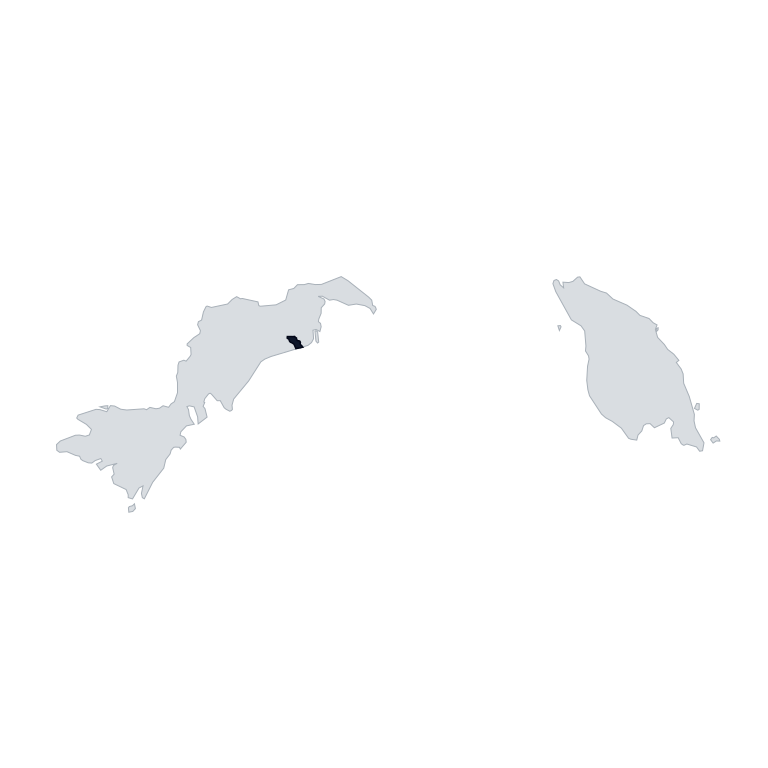 location of Dalat, Sarawak, Malaysia, rotated 176°
{"feature_id": "92858781B41279548929635", "entity_name": "Dalat", "entity_type": "district", "adm_level": 2, "iso_a3": "MYS", "parent_name": "Malaysia", "parent_adm1": "Sarawak", "projection": "albers", "projection_center": [111.988, 2.703], "detail": "fine", "context": "in_parent", "style": "filled", "palette": "ink", "viewbox_px": 768, "rotation_deg": 176, "n_neighbors": 0, "source": "geoboundaries", "source_scale": "gbopen_adm2", "svg_char_len": 4559}
<svg xmlns="http://www.w3.org/2000/svg" viewBox="0 0 768 768"><g transform="rotate(176 384 384)"><path d="M658.4,381.5L654.3,380.8L648.4,377.2L642.4,376.0L625.1,376.0L622.6,374.9L619.2,377.0L613.2,375.2L609.7,375.5L605.9,377.7L600.5,375.8L597.8,379.0L594.3,381.0L590.6,389.7L589.9,400.0L590.6,406.4L588.9,409.9L588.2,417.1L586.9,420.3L582.0,421.7L579.8,420.6L575.5,425.1L574.4,426.9L574.3,433.9L577.7,436.2L577.6,437.7L570.5,443.5L564.3,447.0L563.4,450.0L565.8,456.1L564.8,459.1L561.5,460.5L559.1,468.5L556.2,473.5L555.1,474.1L550.8,472.4L534.4,474.7L529.6,478.9L524.9,481.4L521.2,479.0L519.4,479.2L504.0,474.7L503.4,470.9L501.9,470.2L486.1,470.5L476.2,474.6L472.6,484.6L467.3,485.6L463.4,489.1L456.6,488.7L452.4,489.6L445.7,488.0L439.5,487.7L419.2,494.1L412.8,489.6L393.2,471.7L390.4,468.5L389.8,463.1L387.6,462.1L386.9,460.6L386.5,459.0L389.6,454.6L392.6,460.3L397.6,463.5L406.0,465.7L414.0,465.0L425.0,470.9L428.6,471.8L432.5,471.4L439.4,475.9L443.6,476.0L438.0,473.0L437.0,470.5L437.6,468.0L441.3,464.4L441.8,458.9L444.5,453.4L445.1,450.8L443.1,448.9L442.7,445.5L444.3,440.8L448.0,443.2L451.1,442.6L451.1,434.1L453.4,430.4L457.2,427.8L494.9,419.3L501.1,417.2L505.3,414.7L518.8,396.5L535.0,379.5L537.1,373.5L537.0,369.2L538.0,368.2L539.7,367.6L543.3,369.8L545.1,371.5L548.5,378.8L551.6,379.0L556.9,386.0L558.1,386.9L559.7,386.4L563.8,381.9L565.0,378.6L564.1,378.1L566.0,374.3L564.3,371.9L562.8,363.3L572.2,357.1L572.2,364.2L575.0,374.4L579.7,375.8L582.2,375.2L580.8,372.1L580.4,366.1L579.0,362.2L576.1,357.1L584.0,356.0L590.0,350.5L591.0,347.1L587.1,345.1L585.5,342.5L585.4,339.7L591.7,333.3L592.4,335.1L596.3,335.6L598.2,335.5L600.9,332.9L602.3,329.1L607.0,323.8L609.6,315.4L621.6,302.1L631.1,286.2L633.0,287.5L633.6,291.7L631.5,299.2L635.7,297.3L642.9,286.9L647.1,288.5L646.9,291.4L648.6,296.7L660.5,303.5L662.2,310.3L659.5,312.9L660.5,319.5L659.6,321.6L655.7,323.5L666.4,321.5L672.6,317.7L676.5,324.1L670.4,326.7L671.7,329.4L677.4,327.8L681.0,325.5L684.5,326.0L689.9,328.6L691.6,330.1L692.7,333.2L696.7,334.3L705.0,338.6L712.4,338.5L715.0,340.7L714.9,346.4L710.9,349.7L695.4,354.4L691.3,354.3L685.6,352.7L681.5,353.7L679.0,359.1L683.7,364.5L691.8,370.1L692.9,371.5L691.3,374.3L673.1,378.8L669.3,378.3L662.5,375.7L658.4,381.5ZM68.9,303.0L70.9,295.2L73.8,294.9L76.6,299.4L86.1,303.0L89.1,301.9L90.4,302.6L91.7,303.8L94.3,309.9L100.4,310.0L101.0,319.7L98.2,323.4L97.8,326.0L102.2,330.6L104.8,329.5L107.1,325.5L117.3,321.5L121.3,325.9L125.1,326.0L128.0,324.4L130.1,319.2L134.2,315.3L135.8,310.4L141.6,311.7L143.8,312.8L150.3,323.4L158.9,330.8L165.3,334.9L169.2,338.9L179.8,357.9L181.0,364.0L181.5,373.4L179.7,387.5L177.7,394.5L178.0,397.8L180.7,402.9L179.9,407.8L180.1,422.9L183.4,428.3L192.6,434.9L206.2,464.1L208.5,472.3L207.2,475.4L204.7,476.2L202.6,474.6L201.3,470.6L198.1,467.4L198.4,473.1L192.5,472.3L188.4,473.2L183.4,477.1L181.1,477.2L176.9,469.9L161.4,461.4L155.7,459.2L149.7,452.8L136.1,445.7L127.5,438.8L123.9,434.6L115.0,430.8L111.2,426.3L107.5,423.9L109.5,419.6L107.8,411.4L101.6,403.9L98.6,398.7L92.8,393.5L88.2,387.0L90.9,385.1L86.5,378.2L84.9,373.2L85.0,363.8L80.4,350.4L76.5,332.0L77.3,325.6L76.3,318.6L68.9,303.0ZM643.4,280.1L641.3,281.9L640.7,277.0L643.5,274.4L647.5,273.9L647.6,278.3L646.6,279.5L643.4,280.1ZM59.8,302.1L62.1,305.7L60.3,307.8L58.9,307.3L56.2,308.9L53.3,305.4L53.0,303.6L56.4,304.0L59.8,302.1ZM449.2,441.5L448.2,441.9L446.6,440.7L446.2,430.4L447.4,429.5L448.9,431.5L449.2,441.5ZM76.0,338.0L73.4,342.8L70.9,342.3L71.4,336.7L72.8,336.0L76.0,338.0ZM668.9,381.0L664.2,381.6L661.0,381.6L661.4,378.8L662.9,378.4L668.9,381.0ZM206.5,429.9L204.0,430.0L203.4,428.7L205.3,425.1L206.5,429.9ZM108.3,420.4L106.6,421.0L106.8,418.9L108.1,417.7L108.3,420.4Z" fill="#d9dde1" stroke="#a8b0b8" stroke-width="1"/><path d="M469.7,437.5L470.1,437.2L470.5,437.7L471.5,437.6L472.0,437.7L472.3,437.6L472.7,437.8L477.1,438.1L477.1,437.8L477.3,437.4L477.3,437.1L477.3,436.9L477.3,436.6L477.3,436.3L477.1,436.1L476.3,435.9L475.9,435.6L475.7,434.7L475.4,434.1L475.3,433.4L474.8,432.6L474.4,432.2L473.4,431.7L472.4,431.1L471.0,429.9L469.4,425.4L469.0,425.5L468.7,425.6L468.1,425.6L467.8,425.7L467.5,425.7L467.2,425.7L466.9,425.7L466.6,425.8L466.2,425.9L465.9,425.9L465.7,425.9L465.4,425.8L463.1,426.3L462.4,426.4L463.0,427.1L463.1,427.5L463.4,428.0L464.0,428.6L464.6,429.1L464.7,429.6L464.8,430.2L464.6,430.7L464.5,431.3L464.6,431.9L465.1,432.2L465.1,432.7L466.0,433.1L466.8,433.2L467.0,433.2L467.4,433.4L467.6,433.9L467.9,434.5L468.1,435.0L468.1,436.0L469.0,436.6L469.7,437.5L469.7,437.5Z" fill="#0f172a" stroke="#020617" stroke-width="1.5"/></g></svg>